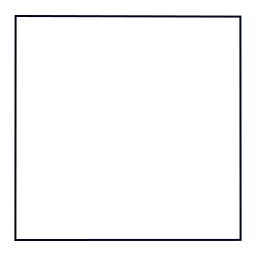 Roberts, Texas, United States of America
{"feature_id": "52423323B43933736406095", "entity_name": "Roberts", "entity_type": "district", "adm_level": 2, "iso_a3": "USA", "parent_name": "United States of America", "parent_adm1": "Texas", "projection": "natural_earth1", "projection_center": [-100.882, 35.838], "detail": "fine", "context": "isolated", "style": "outline", "palette": "ink", "viewbox_px": 256, "rotation_deg": 0, "n_neighbors": 0, "source": "geoboundaries", "source_scale": "gbopen_adm2", "svg_char_len": 213}
<svg xmlns="http://www.w3.org/2000/svg" viewBox="0 0 256 256"><path d="M15.6,17.2L15.4,236.8L15.4,240.0L240.6,239.9L240.4,16.6L237.7,16.6L15.6,16.0L15.6,17.2Z" fill="none" stroke="#020617" stroke-width="2"/></svg>